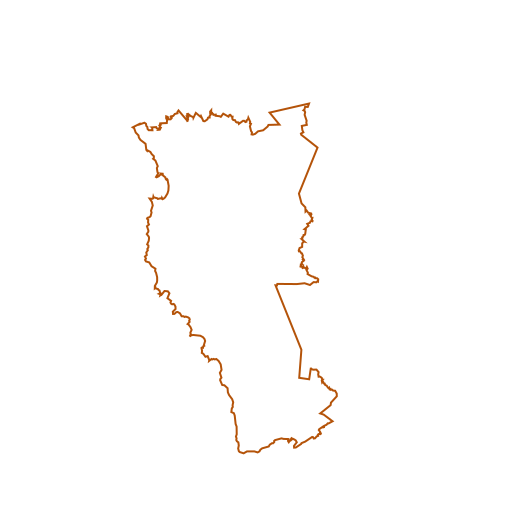 Gisborne District, Gisborne District, New Zealand (Albers equal-area conic projection), rotated 140°
{"feature_id": "76426892B94592608071475", "entity_name": "Gisborne District", "entity_type": "district", "adm_level": 2, "iso_a3": "NZL", "parent_name": "New Zealand", "parent_adm1": "Gisborne District", "projection": "albers", "projection_center": [178.076, -38.254], "detail": "fine", "context": "isolated", "style": "outline", "palette": "amber", "viewbox_px": 512, "rotation_deg": 140, "n_neighbors": 0, "source": "geoboundaries", "source_scale": "gbopen_adm2", "svg_char_len": 6120}
<svg xmlns="http://www.w3.org/2000/svg" viewBox="0 0 512 512"><g transform="rotate(140 256 256)"><path d="M117.4,338.7L153.4,357.1L153.6,341.6L162.2,348.4L163.9,347.7L169.7,347.7L174.3,350.2L178.1,350.1L180.4,351.0L181.2,352.0L179.6,353.3L179.5,354.8L177.3,359.3L174.9,360.5L175.4,361.5L174.2,362.5L173.0,366.8L174.1,366.0L176.1,365.9L177.0,365.0L178.0,365.4L178.2,367.2L179.0,367.9L184.1,368.2L183.5,369.2L183.9,370.1L184.7,370.3L185.2,371.6L184.8,373.6L186.0,374.7L186.0,376.3L184.4,377.8L185.1,378.4L184.9,380.6L185.6,381.1L187.5,380.4L189.6,386.1L193.5,385.2L194.0,386.4L196.8,389.4L196.0,390.2L197.9,391.5L197.6,392.4L198.1,393.3L197.6,393.9L198.3,394.6L196.7,396.4L198.3,396.1L199.7,394.3L199.6,393.5L201.9,392.9L202.5,391.9L203.9,392.8L205.4,391.9L208.7,392.2L209.6,393.2L208.2,398.5L209.0,398.1L210.1,404.3L215.1,402.1L214.8,402.6L216.4,406.0L216.2,407.0L217.0,407.9L216.7,408.6L217.4,409.0L218.0,408.3L217.2,407.5L217.9,407.1L217.7,406.5L218.8,405.8L219.4,406.9L220.3,404.2L221.7,403.6L222.1,402.7L221.7,404.3L221.8,417.3L223.8,416.7L224.4,415.8L226.9,417.0L229.3,416.5L231.5,417.7L232.0,417.5L231.8,415.9L233.6,415.6L235.1,416.9L234.2,419.3L235.0,420.7L236.2,419.4L236.8,417.2L238.9,415.2L244.1,419.2L244.9,418.6L244.8,417.8L245.9,418.0L245.8,417.4L247.2,416.5L246.5,415.5L248.5,414.6L249.5,415.3L248.6,415.4L250.0,417.6L249.6,418.9L252.9,421.3L252.8,420.9L254.6,419.6L254.3,419.2L254.5,418.9L257.3,421.3L257.4,423.0L256.3,424.7L256.4,426.2L255.3,428.0L255.8,429.8L260.8,431.7L260.4,432.1L267.7,433.8L267.2,432.2L268.8,427.9L268.5,423.9L269.6,422.0L269.9,419.2L268.5,412.9L271.8,407.8L271.8,406.4L271.2,406.6L270.0,403.6L270.4,401.2L270.1,398.1L271.3,396.7L272.3,396.6L271.7,393.8L273.5,388.0L275.4,387.1L277.5,383.7L277.7,382.2L281.8,380.8L281.6,380.2L279.2,379.6L276.4,379.9L276.0,379.1L275.2,379.2L275.3,379.7L274.6,379.0L275.5,377.7L274.9,374.5L275.6,373.1L275.6,372.1L274.7,372.1L274.7,371.4L277.8,365.9L280.9,362.6L283.6,360.8L288.0,359.3L290.0,359.3L291.0,359.6L290.7,361.0L291.4,360.5L292.1,361.6L294.5,362.8L294.5,363.6L296.7,366.8L296.5,367.4L297.8,366.3L298.7,366.5L300.6,368.4L301.0,364.4L302.6,361.1L307.4,358.1L308.0,356.5L311.1,354.3L312.6,354.2L314.6,355.0L315.5,354.6L315.3,353.0L317.2,351.0L317.8,348.9L320.4,348.9L322.0,344.8L322.9,343.8L325.6,343.0L325.7,339.8L326.3,338.6L328.4,336.6L331.9,334.9L331.7,333.2L332.9,331.8L334.8,331.2L335.1,330.0L337.8,329.2L339.1,326.9L341.4,327.0L342.0,324.7L343.5,324.3L343.8,322.6L341.9,319.7L342.6,315.3L341.2,310.9L342.9,309.4L343.4,307.3L345.3,303.4L347.5,300.7L349.0,299.4L352.7,298.1L354.3,296.3L353.4,296.3L353.7,295.7L352.3,293.6L352.5,292.7L352.1,291.6L353.0,289.7L353.0,287.1L348.6,288.0L346.2,285.6L346.3,283.1L351.0,280.6L349.9,276.2L351.4,275.4L351.7,274.1L351.3,272.9L350.1,272.4L349.7,271.5L350.2,269.0L351.7,267.1L355.5,266.8L356.8,264.9L355.7,264.1L353.1,264.2L352.0,263.5L351.1,261.0L351.7,257.6L350.2,256.4L350.0,255.3L348.7,254.7L347.4,252.5L347.1,251.1L347.6,249.9L348.9,249.3L349.2,248.2L352.1,247.8L351.7,246.8L351.9,243.6L352.8,240.8L355.5,239.5L356.2,238.4L356.1,237.2L356.9,237.7L358.5,237.0L356.3,236.8L354.7,235.7L349.9,230.7L348.8,227.9L348.8,225.6L349.6,223.6L353.3,221.2L353.4,220.5L354.5,220.7L355.5,219.8L356.1,220.6L356.9,220.6L358.2,218.1L359.8,216.6L359.2,214.9L359.5,211.3L357.4,210.4L358.7,206.3L359.3,205.8L356.3,205.7L356.1,204.9L354.6,204.4L354.1,203.3L352.6,202.6L352.1,199.6L352.7,195.7L355.6,190.9L358.8,189.7L360.7,185.0L362.4,184.7L363.3,183.9L364.8,178.9L363.3,177.3L362.8,173.3L362.4,173.5L365.2,169.6L366.0,166.8L366.3,161.6L367.5,158.6L369.9,156.7L370.8,155.3L372.5,154.8L375.2,152.3L374.0,149.8L374.9,147.4L379.6,140.4L380.5,137.8L385.4,131.8L387.4,130.6L388.1,128.8L389.4,127.7L389.7,126.3L389.3,124.6L391.0,121.9L393.4,120.0L394.6,117.5L394.5,116.3L392.3,112.8L388.5,112.1L382.8,107.3L381.0,104.5L378.9,104.1L377.2,104.8L374.9,104.7L368.7,101.9L366.7,102.6L364.1,102.3L363.4,101.6L361.7,101.7L360.9,102.7L359.7,102.7L353.7,99.9L352.4,98.1L348.9,95.0L350.4,93.7L350.6,92.3L345.9,93.6L345.7,92.7L346.1,92.4L345.3,92.4L344.5,90.6L344.1,89.1L344.5,87.1L349.0,86.1L350.0,84.7L348.6,83.7L342.2,83.0L341.4,83.4L337.7,82.2L329.3,81.3L328.7,80.4L329.1,79.1L328.0,78.4L325.5,78.8L324.1,78.3L323.7,79.2L322.6,79.4L321.3,78.2L320.5,78.2L320.3,78.8L320.9,79.2L319.9,80.1L319.8,82.3L319.0,82.7L314.7,82.3L314.8,81.6L313.9,81.2L313.0,82.1L310.5,81.4L308.6,81.7L308.1,81.1L303.6,80.2L306.1,91.0L308.0,94.1L294.7,93.8L292.8,95.5L284.3,96.6L282.6,98.7L282.0,101.9L283.5,103.4L283.6,104.7L284.9,105.6L284.4,106.3L285.2,106.8L284.7,107.8L285.2,107.7L285.5,108.9L285.2,111.2L285.9,112.8L285.4,114.1L285.9,114.5L285.4,116.8L286.6,116.6L285.6,118.4L284.3,118.5L284.7,119.0L284.0,120.1L284.1,121.0L284.7,122.8L285.6,123.3L284.4,125.4L282.7,126.8L282.7,130.1L285.4,132.3L286.3,134.1L285.8,135.1L294.5,127.4L301.2,134.9L281.5,155.0L259.9,221.0L258.9,220.0L257.6,220.9L242.7,208.2L236.3,203.9L233.3,199.1L228.7,199.0L226.6,197.0L225.1,197.2L224.9,196.6L223.3,198.2L223.5,199.7L224.8,200.8L224.5,201.4L225.2,201.9L225.2,203.0L226.4,204.6L228.1,209.0L227.0,209.9L226.3,212.9L224.6,213.1L224.1,214.9L225.8,214.1L226.4,216.2L227.5,216.6L226.6,217.7L227.8,217.6L227.6,218.3L229.3,219.8L227.7,219.2L227.1,220.6L225.9,220.1L225.8,221.1L224.7,221.8L222.5,221.7L222.4,222.9L221.7,222.5L221.3,225.3L219.9,226.1L219.1,228.4L219.5,228.8L219.3,231.5L220.1,232.0L219.7,232.8L217.5,234.1L214.8,233.3L212.5,236.0L210.1,236.4L209.7,235.9L210.2,239.7L209.5,239.3L208.7,240.6L207.4,240.5L206.1,241.5L205.1,240.9L204.1,241.3L200.8,244.3L201.6,245.4L196.4,245.4L196.1,247.7L193.3,246.8L192.2,247.5L191.1,247.3L190.5,246.3L190.1,246.5L190.2,247.6L188.7,248.7L189.0,248.8L188.6,249.1L188.6,251.2L188.1,251.5L188.3,253.0L186.8,252.4L186.4,253.1L188.2,255.6L188.0,258.3L189.5,258.2L186.9,261.6L187.3,267.0L183.0,276.2L139.2,299.5L143.4,319.8L142.9,320.9L140.2,320.3L139.6,322.6L137.3,326.2L132.8,323.8L131.7,325.9L130.3,327.0L128.0,332.9L125.9,334.6L125.5,335.9L126.0,337.1L124.6,337.2L122.5,338.7L120.5,336.9L117.4,338.7ZM353.6,287.2L353.3,289.1L354.6,289.4L353.8,287.9L354.6,287.3L353.6,287.2Z" fill="none" stroke="#b45309" stroke-width="2"/></g></svg>